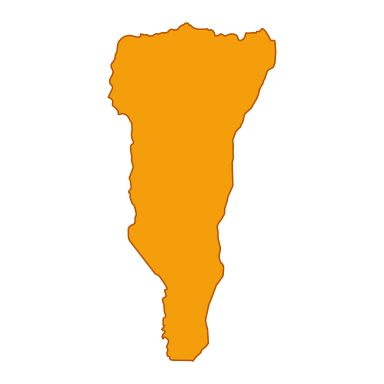 the border of Likouala
{"feature_id": "COG-2838", "entity_name": "Likouala", "entity_type": "Region", "adm_level": 1, "iso_a3": "COG", "parent_name": "Republic of the Congo", "parent_adm1": "", "projection": "orthographic", "projection_center": [17.352, 1.476], "detail": "fine", "context": "isolated", "style": "filled", "palette": "amber", "viewbox_px": 384, "rotation_deg": 0, "n_neighbors": 0, "source": "natural_earth", "source_scale": "10m", "svg_char_len": 4855}
<svg xmlns="http://www.w3.org/2000/svg" viewBox="0 0 384 384"><path d="M274.5,40.5L275.1,42.6L275.7,52.1L274.9,63.1L274.2,64.7L274.0,65.6L273.5,66.9L272.3,67.9L269.7,69.3L268.1,70.3L267.1,71.7L264.6,79.2L263.4,81.0L263.2,81.8L262.9,83.5L262.5,84.3L261.2,86.2L259.3,90.1L259.1,91.1L258.8,93.1L256.9,98.3L251.2,108.1L250.9,108.7L250.2,109.0L245.8,113.0L244.8,114.3L244.2,115.5L243.4,119.9L242.9,121.4L242.3,122.9L241.4,124.2L240.4,126.9L239.6,128.0L238.3,128.4L238.0,129.2L236.2,131.3L235.6,132.2L232.7,140.2L232.7,141.3L233.1,143.6L233.3,145.9L233.0,153.2L233.4,156.7L233.4,157.9L233.1,159.2L232.4,161.7L232.2,163.0L232.8,184.7L232.6,186.3L228.2,196.1L227.7,197.6L227.4,200.3L224.7,208.8L224.5,213.5L223.9,215.0L220.8,220.3L219.1,222.2L217.6,225.0L217.1,226.8L218.0,232.0L218.0,238.0L220.3,247.7L220.3,249.7L219.1,255.6L219.2,257.7L219.6,259.6L221.1,263.2L222.2,263.8L223.0,265.1L223.5,266.5L223.6,267.8L223.1,275.2L222.7,276.4L216.2,285.5L210.2,301.7L208.9,304.4L205.8,318.5L205.6,320.4L205.8,322.4L207.6,329.9L208.3,343.3L207.7,344.1L206.7,345.6L201.8,350.1L201.4,350.6L201.1,351.2L200.9,352.3L200.8,352.6L200.6,352.9L199.7,353.5L198.7,354.7L197.1,355.8L192.9,361.0L192.8,360.9L192.6,360.8L191.8,360.5L172.8,360.2L171.4,359.9L170.6,359.7L169.8,358.9L169.7,357.4L169.6,357.0L169.3,356.8L168.8,356.4L168.1,356.0L167.6,356.0L167.3,355.8L166.9,353.0L167.0,352.2L167.8,350.7L167.7,349.8L166.7,346.5L166.8,346.1L168.3,342.6L168.6,341.0L168.0,339.5L166.8,338.5L165.3,337.4L163.9,337.2L163.0,338.8L162.1,337.1L162.6,335.0L165.2,331.5L163.8,330.4L162.3,330.0L161.8,329.4L164.5,326.2L164.4,325.6L163.3,325.3L163.1,324.9L163.2,319.0L163.7,318.0L164.9,317.5L165.7,316.8L165.6,315.1L164.6,312.3L164.3,310.9L164.1,305.8L163.8,304.3L162.7,300.8L162.6,299.4L163.0,298.4L163.7,297.9L164.6,297.5L165.4,297.0L166.0,296.2L166.1,295.5L165.8,294.8L165.5,293.0L164.7,291.3L164.6,290.6L165.0,289.7L165.6,289.7L166.1,289.8L166.7,289.5L166.9,288.7L167.0,288.1L166.9,287.8L164.9,284.2L159.6,276.5L158.5,275.4L155.3,273.9L130.0,241.2L129.3,239.9L128.8,238.7L128.4,236.6L128.3,229.0L128.5,228.1L128.9,227.5L129.8,226.4L130.4,225.9L131.0,225.5L132.8,224.6L133.9,224.0L134.4,223.5L134.8,223.0L135.0,222.4L135.1,221.9L135.1,217.9L135.4,216.8L135.8,215.9L136.2,215.3L136.3,214.3L136.1,212.8L134.5,206.2L133.9,205.3L133.3,204.6L132.8,204.1L132.3,203.6L131.8,202.4L130.2,197.8L130.0,196.8L130.1,195.6L130.2,194.8L130.3,194.2L130.1,193.6L129.0,192.7L128.7,192.1L128.9,191.3L129.1,190.8L129.4,190.3L130.8,188.8L131.1,188.2L131.2,187.6L131.2,186.9L130.3,180.6L129.5,178.7L129.3,177.9L129.5,177.0L130.2,175.7L133.1,167.7L133.2,167.0L133.2,166.0L132.6,164.5L131.7,160.7L131.6,160.1L131.6,159.4L131.8,157.9L131.6,154.8L131.1,153.0L130.5,148.3L130.6,147.1L130.8,145.9L131.0,145.3L131.3,144.8L131.7,144.4L132.8,143.9L133.2,143.6L133.4,143.1L133.5,142.5L133.2,141.0L132.5,139.9L131.7,137.6L131.5,134.0L132.1,129.1L131.9,126.7L132.0,124.9L131.8,124.0L131.5,122.9L127.8,116.4L127.3,115.8L126.8,115.3L125.4,114.5L122.8,113.5L122.2,113.6L121.6,113.8L119.8,114.4L119.2,114.5L118.9,114.5L118.6,114.5L118.5,114.3L118.3,113.9L118.2,111.8L118.1,111.2L117.7,110.5L115.0,107.4L114.3,106.9L113.8,106.6L113.5,106.4L113.1,106.0L112.6,105.4L112.4,104.0L112.5,103.2L112.8,102.6L112.9,101.9L112.8,101.2L112.3,100.1L111.3,98.8L109.3,97.8L108.3,97.3L110.0,93.6L112.2,89.0L112.6,87.2L111.9,85.8L110.8,84.6L109.9,83.2L109.7,79.8L112.6,74.2L113.1,71.5L112.5,69.8L111.7,68.2L111.1,66.6L111.2,64.8L112.1,63.0L114.7,59.4L115.1,57.8L115.1,55.9L117.0,51.2L117.7,44.9L118.9,41.5L121.3,38.7L124.4,36.6L127.9,35.6L129.6,35.5L131.2,35.6L137.4,37.2L139.0,37.1L140.5,36.3L140.6,35.7L140.4,34.9L140.5,34.2L141.6,34.1L142.3,34.3L143.7,34.8L144.4,35.0L146.5,34.7L147.2,34.8L148.1,35.2L148.6,35.9L149.2,36.3L150.2,35.9L150.8,35.8L151.8,35.9L152.3,35.9L152.9,35.6L153.8,34.9L154.3,34.5L155.6,34.0L156.2,33.8L158.3,33.9L159.3,33.8L161.3,33.0L162.4,32.7L165.4,32.8L166.5,32.6L167.8,32.0L168.4,31.3L169.1,30.5L170.1,29.7L171.2,29.3L172.2,29.4L174.1,30.0L176.9,29.8L178.5,28.3L180.0,26.4L182.9,24.9L183.9,24.4L185.0,23.6L186.3,23.0L188.0,23.3L188.3,23.6L188.6,24.6L189.0,24.9L190.1,25.0L190.4,25.2L193.2,27.6L195.9,28.8L199.0,29.2L205.2,29.2L205.6,29.1L206.5,28.8L207.0,28.8L207.5,29.0L208.2,29.9L208.7,30.1L209.4,30.1L210.9,29.8L211.5,29.9L212.7,30.6L213.6,31.7L214.4,33.1L214.7,34.6L215.2,35.8L216.3,36.0L217.7,35.6L220.6,34.2L221.1,33.8L221.5,34.0L224.1,35.7L224.9,36.0L225.8,35.9L228.1,34.7L230.7,34.0L233.4,34.0L236.0,34.9L237.3,36.2L238.2,39.2L239.2,40.3L240.9,40.5L242.5,39.7L243.8,38.5L244.7,37.2L244.9,36.4L245.5,34.2L245.9,33.1L246.5,32.9L247.2,33.1L248.0,33.2L254.0,32.6L254.5,32.7L255.3,33.1L255.9,33.2L256.1,32.9L256.5,31.8L256.8,31.5L257.6,31.4L258.9,31.5L259.6,31.2L261.0,29.8L261.8,28.8L262.8,28.8L264.7,30.3L265.9,31.8L269.0,36.8L270.2,39.6L271.2,40.5L274.5,40.5Z" fill="#f59e0b" stroke="#b45309" stroke-width="1.5"/></svg>